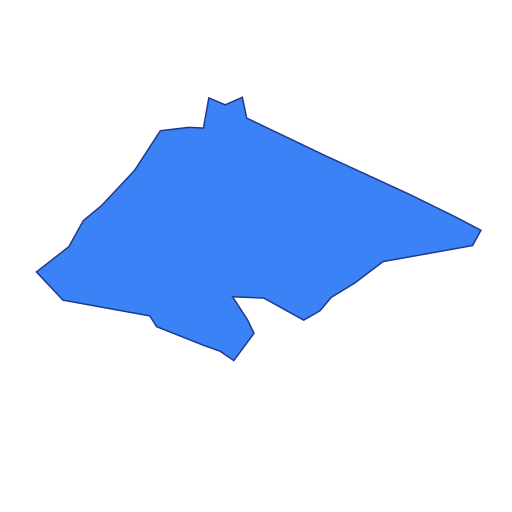 outline of Falmèy, Dosso, Niger, rotated 299°
{"feature_id": "23599985B42967903288320", "entity_name": "Falmèy", "entity_type": "district", "adm_level": 2, "iso_a3": "NER", "parent_name": "Niger", "parent_adm1": "Dosso", "projection": "mercator", "projection_center": [2.799, 12.563], "detail": "fine", "context": "isolated", "style": "filled", "palette": "blue", "viewbox_px": 512, "rotation_deg": 299, "n_neighbors": 0, "source": "geoboundaries", "source_scale": "gbopen_adm2", "svg_char_len": 575}
<svg xmlns="http://www.w3.org/2000/svg" viewBox="0 0 512 512"><g transform="rotate(299 256 256)"><path d="M152.5,254.1L155.3,270.5L153.8,287.3L187.5,291.7L196.1,279.4L209.0,255.3L223.0,283.2L223.0,328.8L239.1,338.5L256.4,341.9L280.3,355.5L312.7,369.8L370.1,440.3L387.5,440.3L386.9,412.7L384.3,360.5L377.2,266.1L372.1,181.0L388.2,167.1L373.3,155.8L371.4,138.1L342.4,148.0L335.9,134.8L319.2,111.6L272.1,108.3L225.0,96.4L203.2,87.8L173.5,87.8L135.6,71.7L123.8,108.6L152.1,192.2L146.0,203.4L151.6,246.7L152.5,254.1Z" fill="#3b82f6" stroke="#1e3a8a" stroke-width="1.5"/></g></svg>